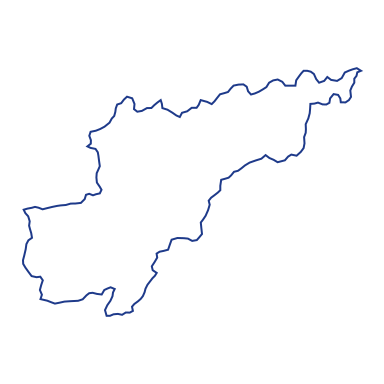 the district of Materlândia, Minas Gerais, Brazil
{"feature_id": "56859067B41268860944620", "entity_name": "Materlândia", "entity_type": "district", "adm_level": 2, "iso_a3": "BRA", "parent_name": "Brazil", "parent_adm1": "Minas Gerais", "projection": "mercator", "projection_center": [-43.034, -18.467], "detail": "fine", "context": "isolated", "style": "outline", "palette": "blue", "viewbox_px": 384, "rotation_deg": 0, "n_neighbors": 0, "source": "geoboundaries", "source_scale": "gbopen_adm2", "svg_char_len": 3130}
<svg xmlns="http://www.w3.org/2000/svg" viewBox="0 0 384 384"><path d="M361.0,70.8L356.8,68.2L352.7,69.3L349.1,70.6L344.8,72.5L341.7,78.1L337.1,80.9L331.1,79.9L327.3,77.0L324.2,80.9L319.1,82.7L316.2,79.1L313.9,74.0L310.8,71.7L307.3,70.8L303.6,70.8L301.3,73.3L299.2,76.1L296.2,80.3L295.4,85.7L289.9,85.7L285.3,85.7L282.3,81.8L277.7,79.5L273.2,80.4L269.1,82.7L266.4,87.1L262.8,89.4L258.9,91.7L254.7,93.5L251.0,94.5L248.1,91.3L246.7,86.7L243.4,84.4L238.5,84.6L233.6,85.6L230.7,88.6L228.0,92.0L224.4,93.1L220.0,94.3L216.9,98.2L214.5,101.3L211.7,104.1L207.2,101.9L200.7,100.1L198.7,104.9L196.6,107.8L191.7,107.8L187.2,111.3L182.0,112.8L179.8,117.0L176.4,115.5L172.4,112.7L167.5,109.7L162.4,108.1L161.9,103.9L160.7,100.1L157.3,102.6L154.2,105.2L151.4,108.0L146.9,108.1L141.9,110.9L137.3,111.7L134.0,109.1L134.5,104.0L132.2,98.3L127.0,96.7L123.9,99.6L121.2,103.2L117.2,104.5L115.8,108.3L115.3,112.0L114.2,116.0L111.8,118.5L109.5,122.7L104.5,126.7L100.2,129.0L95.9,130.7L90.6,131.8L89.3,135.8L90.9,140.2L90.8,143.7L87.4,146.4L90.5,147.9L95.5,148.9L97.8,152.3L98.4,155.7L99.1,161.2L99.8,166.2L98.2,169.9L96.7,173.2L96.4,177.5L96.9,182.6L99.8,186.8L101.5,189.8L99.8,193.4L96.1,194.2L93.0,195.3L89.2,193.8L86.0,194.8L84.7,199.1L80.9,202.9L75.5,203.5L70.7,203.6L65.8,205.0L60.7,205.4L57.2,205.9L52.3,206.9L46.9,208.2L42.6,209.3L38.5,207.7L35.0,206.9L31.8,207.8L27.5,208.6L23.7,209.7L25.4,213.2L28.2,216.3L29.7,221.3L29.1,225.7L30.0,229.1L31.2,233.1L32.0,237.8L28.4,240.3L26.4,244.1L25.7,249.2L24.2,255.7L23.0,260.2L23.2,263.9L25.4,267.6L28.4,271.8L31.6,276.1L36.6,277.2L40.3,276.7L42.8,280.3L41.2,285.1L39.9,290.0L41.9,294.7L40.5,299.1L47.3,300.7L51.1,302.2L54.9,303.6L59.5,302.7L64.4,301.6L70.3,301.2L74.1,301.0L78.1,300.8L82.7,299.3L86.5,295.3L89.2,293.2L92.6,292.8L96.9,293.9L101.7,294.5L104.3,290.0L107.5,288.5L110.6,287.3L114.7,289.0L113.0,292.5L112.5,296.2L110.4,300.8L107.3,305.2L105.0,310.1L106.6,315.8L110.0,315.8L113.5,314.3L117.9,313.9L122.1,314.8L125.8,312.5L129.8,312.6L132.9,310.9L132.0,306.7L134.3,304.0L138.0,301.3L140.8,298.8L142.9,296.1L144.6,292.2L145.5,288.7L147.5,284.7L150.2,281.2L152.5,278.2L154.9,275.8L156.7,272.9L152.7,270.2L151.8,266.3L154.5,262.2L157.2,257.6L156.6,253.6L159.6,251.7L163.6,250.9L168.1,249.7L169.7,245.0L171.6,239.7L177.4,238.0L183.9,238.2L187.9,238.6L192.2,240.9L196.8,240.1L199.1,237.5L202.0,234.0L201.3,227.7L200.8,222.5L202.9,219.8L205.6,215.8L208.1,210.1L209.7,204.7L208.7,200.7L211.1,197.7L214.2,195.4L217.8,192.6L220.3,190.2L220.3,185.8L221.2,179.8L224.9,178.8L228.6,177.7L231.1,175.4L234.0,171.8L238.0,170.8L241.3,168.4L245.0,165.4L249.6,162.6L255.9,160.4L261.4,158.7L265.6,155.1L269.4,158.0L273.6,159.8L277.6,162.2L281.5,161.2L284.9,160.3L288.1,156.6L291.3,154.6L296.6,155.7L300.8,151.9L303.6,148.1L304.5,143.4L304.1,137.1L305.7,132.8L305.9,129.3L305.7,124.2L308.3,118.5L309.7,113.3L310.1,108.9L310.4,103.9L314.4,103.6L318.0,102.6L322.6,104.4L326.3,104.5L329.4,102.8L330.1,98.4L333.6,94.1L338.1,94.9L340.3,98.4L340.8,102.3L345.5,102.4L348.9,100.1L351.0,96.9L350.3,90.5L351.9,86.6L354.3,82.7L354.3,78.7L356.5,75.9L357.3,72.3L361.0,70.8Z" fill="none" stroke="#1e3a8a" stroke-width="2"/></svg>